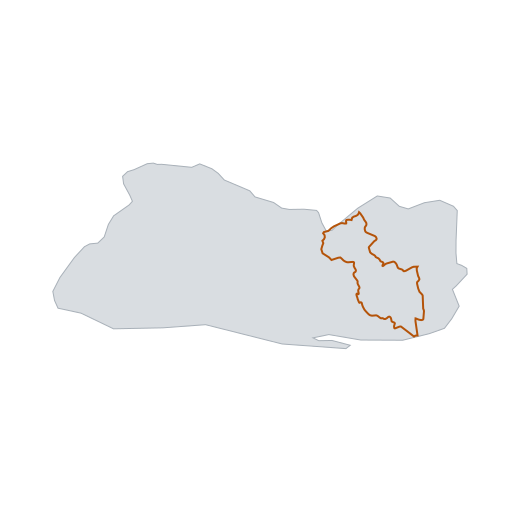 location of San Miguel within El Salvador, rotated 348°
{"feature_id": "SLV-1352", "entity_name": "San Miguel", "entity_type": "Department", "adm_level": 1, "iso_a3": "SLV", "parent_name": "El Salvador", "parent_adm1": "", "projection": "orthographic", "projection_center": [-88.259, 13.545], "detail": "fine", "context": "in_parent", "style": "outline", "palette": "amber", "viewbox_px": 512, "rotation_deg": 348, "n_neighbors": 0, "source": "natural_earth", "source_scale": "10m", "svg_char_len": 4540}
<svg xmlns="http://www.w3.org/2000/svg" viewBox="0 0 512 512"><g transform="rotate(348 256 256)"><path d="M178.5,145.9L182.8,146.7L211.6,155.9L220.1,154.2L231.0,161.5L236.2,167.3L240.8,175.1L263.5,191.0L267.3,198.0L284.3,207.3L291.1,214.5L298.3,217.4L312.6,220.2L324.7,224.0L326.2,226.6L327.3,237.2L329.9,246.1L335.7,246.7L342.7,242.4L365.5,230.4L387.1,222.5L399.3,227.2L406.5,237.2L414.7,241.6L431.8,238.9L447.3,239.7L459.5,248.4L462.3,253.4L454.9,282.4L452.2,294.8L450.9,305.2L455.3,308.0L459.6,312.0L458.7,317.7L445.4,327.0L441.2,329.4L444.3,347.3L434.4,358.1L425.3,365.9L409.3,368.0L382.0,368.9L341.1,360.0L310.9,348.0L294.7,347.9L299.8,351.9L312.7,354.4L329.6,362.9L324.7,365.3L263.3,347.5L192.4,312.7L150.0,306.9L101.5,297.6L72.9,275.5L51.5,265.9L49.7,257.6L49.9,248.4L59.8,236.2L78.1,219.7L90.2,211.2L95.9,209.6L103.9,210.5L111.5,205.8L118.2,194.4L125.1,187.1L142.5,179.7L146.5,176.8L145.2,170.4L141.5,157.9L142.1,150.3L147.9,146.8L154.7,146.2L168.8,143.1L174.9,143.8L178.5,145.9Z" fill="#d9dde1" stroke="#a8b0b8" stroke-width="1"/><path d="M356.9,240.7L358.1,238.5L359.9,237.8L362.0,237.6L363.9,237.0L365.3,235.7L365.9,234.6L366.8,235.9L368.8,240.7L369.1,242.1L369.2,242.7L369.5,243.5L370.1,244.8L370.7,246.3L370.7,247.4L370.6,247.9L370.5,248.3L370.3,248.7L370.0,249.1L369.7,249.4L369.3,249.7L369.0,249.9L368.5,250.6L368.3,250.9L368.2,251.2L368.1,251.6L367.9,252.6L368.0,254.3L368.1,254.8L368.3,255.2L368.9,255.9L369.9,256.7L376.4,261.2L376.8,261.7L377.3,262.4L377.5,263.4L377.6,264.1L377.4,264.6L377.2,264.9L376.8,265.2L376.4,265.5L375.1,265.9L374.3,266.4L368.6,270.5L368.3,270.8L368.1,271.2L368.1,271.6L368.4,276.1L368.9,276.9L369.8,278.0L372.0,279.9L372.6,280.8L372.9,281.9L373.6,282.5L375.2,283.7L375.8,284.6L376.2,285.3L376.3,285.8L376.4,286.3L376.6,286.7L376.8,287.1L377.2,287.4L378.5,288.2L378.8,288.6L379.1,289.0L379.1,289.5L378.9,289.9L377.9,291.3L377.7,291.7L377.7,292.0L378.0,292.2L378.9,291.9L380.3,291.1L381.2,290.7L382.2,290.5L388.9,290.0L389.5,290.2L390.2,290.6L390.9,291.6L391.5,292.7L391.8,293.7L392.3,296.9L392.5,297.2L392.8,297.6L393.1,297.9L395.7,299.4L396.3,299.9L396.7,300.4L396.8,300.8L397.1,301.3L397.4,301.6L398.2,301.7L399.5,301.6L406.3,299.5L408.0,299.3L411.8,300.0L410.6,301.5L410.3,303.7L410.4,309.1L411.0,311.7L411.0,312.2L410.9,312.9L410.2,313.6L409.7,314.1L409.3,314.4L408.5,314.8L408.2,315.1L407.9,315.8L407.8,316.9L407.9,321.5L408.4,324.6L408.5,325.1L408.8,325.5L410.4,328.1L410.6,328.5L410.7,329.0L410.8,329.4L408.6,342.2L408.7,342.9L408.9,343.9L408.8,345.0L406.6,352.4L406.1,352.9L405.3,353.1L404.8,353.1L404.2,353.0L402.4,352.3L400.9,351.4L399.5,350.4L399.1,350.2L398.6,352.0L398.4,353.4L397.5,367.3L396.3,367.1L395.1,367.1L393.8,367.6L383.2,355.2L382.8,355.0L382.3,355.0L381.7,354.9L377.0,355.7L376.6,355.6L376.3,355.2L376.3,354.3L376.4,353.7L376.5,353.2L377.8,350.8L377.7,350.3L377.3,349.8L376.2,349.1L375.5,348.6L375.1,348.0L375.1,345.3L375.0,344.8L374.9,344.3L374.6,343.7L374.0,343.1L373.3,343.0L372.7,343.1L371.1,344.0L370.2,344.3L369.7,344.4L369.2,344.5L368.8,344.4L368.3,344.2L367.9,344.0L367.3,343.4L366.9,343.2L366.5,343.0L366.0,343.0L365.5,343.0L365.0,342.7L364.3,342.0L362.8,340.2L361.9,339.4L361.1,339.0L357.7,338.6L356.8,338.4L355.5,337.8L355.1,337.5L354.8,337.3L353.6,335.7L351.9,332.9L350.9,331.0L350.0,327.8L349.8,326.5L349.7,325.4L349.7,324.3L349.6,323.7L349.3,323.3L348.6,323.0L347.8,323.3L347.5,323.3L347.3,323.1L347.1,322.6L346.5,319.3L346.5,318.1L346.2,315.8L346.2,315.2L346.2,314.7L346.4,314.2L346.6,313.9L347.0,313.8L347.4,314.1L347.7,314.4L347.9,314.6L348.3,314.6L348.5,314.3L348.7,313.9L348.7,312.8L348.7,311.7L348.8,311.1L348.9,310.7L349.1,310.3L349.4,309.9L350.3,309.1L350.6,308.6L350.6,308.2L350.6,307.5L349.9,305.2L349.7,304.3L349.7,303.5L350.1,302.1L350.1,301.7L349.9,301.0L347.8,296.6L347.6,296.1L347.6,295.6L347.5,294.6L347.6,294.0L347.8,293.6L348.0,293.2L348.2,292.9L348.6,292.6L349.6,292.3L350.0,292.1L350.2,291.8L350.5,291.5L350.7,291.0L350.7,290.5L350.6,289.9L350.4,289.2L349.9,287.9L349.6,286.4L349.6,285.9L349.7,285.4L350.5,283.1L350.5,282.6L350.0,282.1L348.9,281.8L344.7,281.3L343.3,280.8L341.8,279.7L340.7,278.6L339.2,276.3L338.2,275.0L336.1,274.8L329.0,275.6L327.1,272.5L321.7,267.2L321.3,263.0L321.3,262.9L322.9,259.9L324.5,257.4L324.1,254.9L326.0,253.7L327.2,252.0L327.4,249.9L326.4,247.7L327.1,247.0L327.4,246.7L332.0,246.5L335.3,244.5L338.4,243.2L345.4,241.6L347.0,241.7L349.8,242.8L351.0,242.9L351.2,242.4L351.2,241.4L351.4,240.3L351.9,239.6L353.0,239.6L354.4,239.8L355.8,240.2L356.9,240.7Z" fill="none" stroke="#b45309" stroke-width="2"/></g></svg>